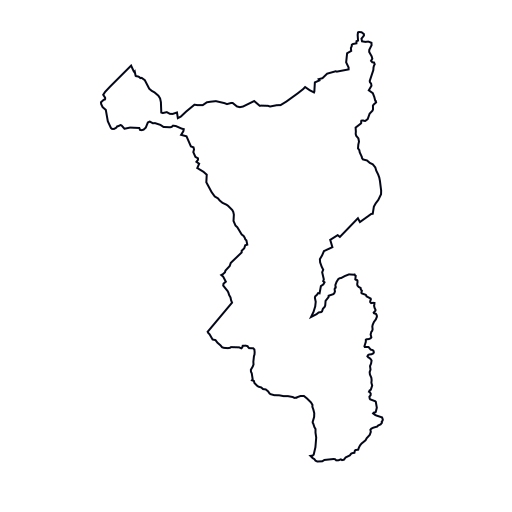 Tepemaxalco, Puebla, Mexico (Mercator projection), rotated 174°
{"feature_id": "50627088B24654938868553", "entity_name": "Tepemaxalco", "entity_type": "district", "adm_level": 2, "iso_a3": "MEX", "parent_name": "Mexico", "parent_adm1": "Puebla", "projection": "mercator", "projection_center": [-98.635, 18.743], "detail": "fine", "context": "isolated", "style": "outline", "palette": "ink", "viewbox_px": 512, "rotation_deg": 174, "n_neighbors": 0, "source": "geoboundaries", "source_scale": "gbopen_adm2", "svg_char_len": 6104}
<svg xmlns="http://www.w3.org/2000/svg" viewBox="0 0 512 512"><g transform="rotate(174 256 256)"><path d="M120.5,396.2L120.7,397.7L121.2,398.0L121.7,401.6L122.8,405.7L126.5,409.0L123.4,413.2L123.5,415.4L124.5,416.9L124.6,418.2L119.9,428.6L119.4,431.3L118.8,432.9L117.9,434.3L118.4,436.1L120.1,436.5L121.2,438.1L119.7,440.0L120.1,442.5L122.1,447.1L121.8,449.2L119.0,453.6L118.9,456.0L121.9,457.5L124.8,457.5L128.1,458.4L128.4,461.1L125.6,464.0L125.5,465.4L127.6,467.5L130.2,468.0L131.2,467.7L131.8,465.2L132.0,459.6L133.6,459.1L133.9,457.0L137.4,456.7L138.6,456.1L138.9,454.6L139.9,452.9L139.9,450.0L144.2,448.1L146.1,439.2L144.2,433.8L144.4,431.9L156.4,430.9L157.4,431.4L166.2,429.9L171.3,425.9L175.2,425.3L174.6,424.0L179.3,422.5L180.8,413.4L181.2,412.6L185.2,415.2L189.5,418.9L191.6,417.1L197.5,413.4L209.7,406.4L215.8,403.5L219.6,403.8L226.4,403.2L228.4,404.1L234.9,405.0L236.6,405.0L241.6,410.3L253.3,406.0L256.5,405.7L259.3,406.7L263.2,410.6L264.7,410.8L269.0,410.1L271.3,411.3L279.7,414.2L284.9,414.2L288.8,414.0L293.2,411.6L298.6,412.2L301.4,412.9L310.3,407.0L316.2,402.5L319.3,401.3L319.6,407.0L324.1,406.0L326.8,406.4L329.7,408.4L333.8,407.9L335.2,408.6L334.5,418.9L334.9,422.7L336.3,425.6L339.8,429.3L342.5,431.2L344.7,433.5L348.2,442.5L351.1,445.1L352.4,445.0L353.3,446.1L354.6,446.9L356.5,447.4L356.9,447.8L357.3,451.9L357.7,451.4L358.4,452.7L360.3,458.4L383.3,439.8L388.9,435.0L391.1,432.3L389.5,429.2L389.6,428.0L390.0,427.4L391.1,427.3L394.1,425.1L394.1,423.3L393.0,420.1L390.1,417.0L389.3,405.5L386.9,398.5L385.8,397.4L383.9,397.2L381.6,398.2L380.4,399.5L379.5,399.5L377.0,400.4L376.0,399.8L373.5,396.3L367.8,396.9L358.7,395.5L358.1,393.5L356.6,393.1L354.6,393.4L352.2,395.2L349.6,400.1L347.6,400.8L344.7,398.8L342.5,398.7L337.4,396.4L334.5,394.0L327.9,393.0L326.4,393.2L324.9,394.3L322.1,393.6L316.7,390.5L314.6,389.7L315.2,387.7L317.8,384.3L312.6,382.3L309.3,371.8L306.8,370.6L306.5,368.4L307.5,365.9L305.9,360.9L303.5,359.2L303.6,357.8L305.4,355.9L302.9,353.7L305.2,349.6L299.4,345.2L296.5,342.0L297.7,334.5L293.5,324.2L290.8,319.5L287.8,317.3L286.3,315.0L283.8,312.4L280.0,310.1L278.6,308.9L274.8,304.2L274.0,302.2L273.7,299.4L274.7,293.2L273.2,288.4L271.6,286.6L268.0,278.9L266.2,277.2L265.3,275.3L264.9,273.7L263.9,272.5L263.5,268.2L265.6,267.8L266.9,264.9L269.7,262.7L269.9,261.0L281.8,251.8L283.2,248.8L287.9,244.7L288.6,243.0L290.8,241.4L292.5,240.7L290.8,238.9L288.7,233.6L291.2,231.9L291.7,230.0L287.9,224.1L287.3,222.5L286.8,220.0L285.7,217.5L285.4,214.6L284.7,212.1L312.0,185.7L311.5,184.4L310.4,183.1L307.9,177.5L305.1,176.6L303.4,173.8L300.6,170.8L299.3,168.8L297.5,168.0L293.6,167.3L291.5,167.4L290.4,168.0L282.3,166.9L280.3,165.7L279.3,166.4L278.6,168.1L275.6,167.9L273.8,167.2L273.3,166.1L272.5,165.1L268.4,164.5L267.4,163.2L267.4,160.5L267.8,158.2L268.5,156.6L269.7,151.1L269.8,148.4L270.8,146.4L273.0,143.4L273.1,141.4L272.5,139.8L272.2,133.8L273.0,132.8L271.2,132.0L270.8,129.8L268.4,126.8L267.2,125.8L264.5,124.7L262.9,122.9L260.3,122.3L258.1,120.1L256.9,117.9L256.0,117.1L252.5,115.7L247.3,115.0L243.4,113.8L238.9,113.3L234.2,111.9L232.7,110.9L230.8,110.8L230.8,111.0L226.4,112.1L223.0,111.8L220.2,109.0L216.6,104.6L215.4,102.0L215.7,100.1L215.0,97.2L214.5,93.6L215.0,89.9L217.0,85.0L217.0,84.1L216.6,83.4L215.8,79.7L214.9,77.7L215.3,74.1L215.1,69.1L216.9,59.6L219.4,52.4L220.5,51.6L222.7,51.5L220.8,49.1L219.2,47.9L218.2,46.2L216.5,45.2L211.6,44.9L209.3,46.0L200.0,46.0L198.6,45.6L197.6,44.4L195.3,44.2L192.9,44.9L191.8,44.0L189.9,44.2L187.9,46.3L183.5,47.9L182.0,49.5L180.7,49.9L178.7,50.0L178.1,51.9L177.4,52.6L174.6,52.7L173.7,54.7L172.3,56.8L170.7,58.4L166.3,61.3L165.0,63.2L161.6,66.2L160.2,69.1L160.4,71.2L159.4,72.2L157.3,73.0L153.3,73.7L152.2,74.7L149.7,75.5L148.2,77.0L148.3,78.0L147.3,79.1L147.0,80.2L147.5,82.3L153.0,84.8L154.3,85.6L156.0,87.2L155.3,87.9L153.5,88.1L153.2,88.4L151.7,92.5L152.1,98.5L152.6,99.1L157.4,101.5L157.8,102.2L157.9,103.4L157.9,104.3L156.6,105.5L156.3,107.1L157.1,108.8L157.8,109.2L157.0,110.5L155.8,111.0L154.0,115.0L154.5,117.9L154.0,120.4L154.0,122.8L155.1,126.3L155.1,128.7L154.0,131.0L154.1,134.6L152.8,137.0L152.0,139.9L152.5,141.1L153.8,142.7L154.9,143.4L155.7,144.6L154.8,145.8L153.8,146.2L151.4,146.2L149.5,146.9L148.9,147.8L149.0,149.2L149.8,150.2L151.7,150.9L153.6,153.7L157.3,154.1L157.6,154.9L155.8,159.1L155.5,161.3L154.8,161.6L152.4,161.6L150.6,162.2L149.8,163.0L150.2,166.0L149.2,168.6L148.3,169.4L147.7,170.9L147.7,173.7L147.1,175.5L145.6,178.1L143.4,180.5L142.1,183.0L142.1,184.4L142.8,186.0L144.3,186.5L144.7,186.8L144.9,187.4L142.9,189.2L142.8,190.1L143.5,192.0L143.8,194.2L143.4,195.2L143.1,196.9L144.4,197.2L146.4,197.1L147.2,198.1L147.2,199.0L146.3,200.9L146.4,201.7L150.3,204.3L150.6,205.5L151.1,206.0L154.6,207.7L155.0,208.2L155.0,208.9L154.3,210.3L155.2,211.7L155.3,213.3L157.1,214.5L158.2,216.0L158.3,217.5L157.8,219.3L157.7,221.0L158.0,221.5L159.4,222.0L159.7,222.4L158.9,225.8L159.5,226.3L159.9,227.3L160.9,227.2L165.4,228.0L169.7,226.8L173.6,225.2L174.8,225.2L176.4,224.6L178.5,222.0L180.0,219.1L180.2,217.8L179.9,216.8L180.2,216.0L180.9,215.7L181.3,214.8L181.2,212.5L182.0,210.9L183.0,210.0L187.9,208.9L188.2,207.5L191.5,204.1L192.3,199.7L192.9,198.4L195.0,196.5L196.1,194.0L197.1,193.4L199.6,193.3L201.9,191.8L207.6,189.6L204.6,194.5L202.4,199.6L201.4,204.2L201.8,208.2L201.4,209.6L199.4,211.1L198.1,212.6L196.7,212.2L194.6,219.3L192.0,220.7L190.6,222.7L191.8,223.9L191.0,225.7L191.9,232.9L190.6,235.3L191.8,238.5L192.9,243.0L192.8,246.2L190.2,249.7L187.9,253.8L179.1,256.8L180.5,264.3L172.6,268.2L170.6,266.2L150.7,282.9L149.1,278.9L137.0,285.8L135.5,285.8L133.6,292.8L131.5,295.8L128.5,299.0L125.2,304.3L124.7,307.9L124.9,317.7L125.2,321.1L126.0,324.3L127.5,328.4L128.1,331.6L130.3,335.0L133.1,336.7L135.6,339.4L139.6,340.9L140.4,342.5L140.4,343.5L142.0,348.2L142.2,350.5L143.3,352.4L142.6,356.1L141.6,359.0L141.9,362.3L143.8,365.1L144.1,367.0L143.7,369.2L143.5,373.3L138.0,376.7L137.5,377.2L137.3,379.2L137.0,379.6L135.3,379.6L134.4,379.1L133.2,378.9L130.6,380.5L128.1,385.7L125.0,388.3L124.3,389.6L124.0,393.3L123.2,394.3L120.5,396.2Z" fill="none" stroke="#020617" stroke-width="2"/></g></svg>